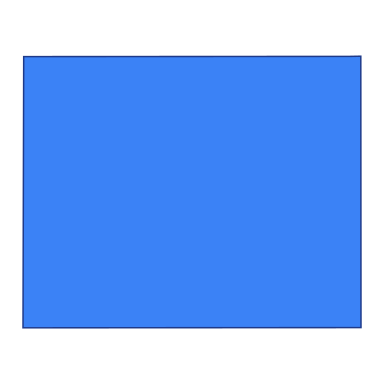 outline of Arthur, Nebraska, United States of America
{"feature_id": "52423323B23601156295549", "entity_name": "Arthur", "entity_type": "district", "adm_level": 2, "iso_a3": "USA", "parent_name": "United States of America", "parent_adm1": "Nebraska", "projection": "orthographic", "projection_center": [-101.603, 41.569], "detail": "fine", "context": "isolated", "style": "filled", "palette": "blue", "viewbox_px": 384, "rotation_deg": 0, "n_neighbors": 0, "source": "geoboundaries", "source_scale": "gbopen_adm2", "svg_char_len": 198}
<svg xmlns="http://www.w3.org/2000/svg" viewBox="0 0 384 384"><path d="M360.8,56.2L349.5,56.4L23.7,56.6L23.0,327.8L361.0,327.6L360.8,56.2Z" fill="#3b82f6" stroke="#1e3a8a" stroke-width="1.5"/></svg>